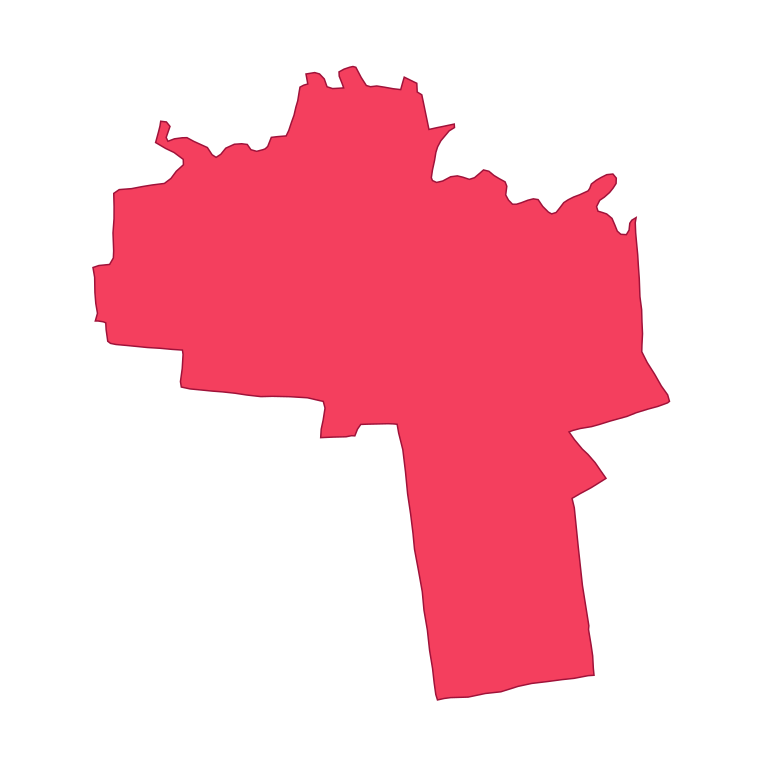 outline of Battambang, Batdâmbâng, Cambodia, rotated 266°
{"feature_id": "14789045B54080121728178", "entity_name": "Battambang", "entity_type": "district", "adm_level": 2, "iso_a3": "KHM", "parent_name": "Cambodia", "parent_adm1": "Batdâmbâng", "projection": "orthographic", "projection_center": [103.179, 13.094], "detail": "fine", "context": "isolated", "style": "filled", "palette": "rose", "viewbox_px": 768, "rotation_deg": 266, "n_neighbors": 0, "source": "geoboundaries", "source_scale": "gbopen_adm2", "svg_char_len": 3621}
<svg xmlns="http://www.w3.org/2000/svg" viewBox="0 0 768 768"><g transform="rotate(266 384 384)"><path d="M532.4,647.1L530.1,642.6L527.2,640.4L520.4,639.2L516.1,636.2L516.8,630.7L520.2,627.4L526.4,625.4L533.3,623.0L538.1,618.0L539.7,614.2L541.5,609.5L546.1,608.4L552.2,612.0L555.0,616.8L559.3,622.4L563.4,626.2L567.8,629.5L573.2,630.1L577.5,627.0L577.3,620.8L574.9,615.0L572.5,610.1L569.0,604.8L564.8,602.9L562.4,601.0L559.1,592.3L557.3,586.2L554.9,580.5L552.4,576.0L547.7,571.9L543.1,567.7L542.0,563.1L544.0,560.0L550.1,554.7L557.2,550.6L558.3,545.9L557.3,540.3L555.2,533.4L554.1,528.7L554.4,524.7L558.8,521.0L564.1,518.6L572.7,520.3L577.2,518.9L580.8,513.3L584.3,508.3L588.9,503.5L590.6,498.2L587.1,493.6L583.5,488.7L582.2,483.4L584.8,477.1L586.5,471.7L586.1,465.0L582.4,456.7L581.4,450.5L583.6,446.5L586.5,445.6L594.2,447.3L603.4,450.0L611.4,451.9L616.8,454.0L622.7,457.7L632.0,466.7L634.9,472.2L638.4,472.2L637.5,465.7L636.9,461.4L636.0,454.5L634.8,446.6L646.0,445.1L651.1,444.4L656.4,443.7L661.6,443.0L666.7,442.3L669.8,441.9L673.0,437.5L681.7,437.7L683.3,434.9L688.7,425.6L683.0,423.5L676.5,421.2L677.9,413.8L680.1,405.0L681.8,397.6L681.5,391.2L683.0,387.2L691.4,382.6L701.9,378.0L702.9,375.2L702.4,371.9L700.9,366.1L698.5,360.9L694.2,360.8L685.6,363.5L682.2,364.4L682.2,359.6L682.3,353.3L684.5,347.9L692.5,345.7L697.8,341.3L699.5,336.6L698.7,327.8L688.6,328.9L687.7,324.7L686.0,320.9L681.5,319.8L672.5,317.7L666.3,315.4L658.4,313.0L651.6,310.0L643.6,306.7L638.3,303.7L638.2,295.1L637.9,288.8L629.1,284.6L626.9,281.9L626.2,279.6L625.0,273.2L627.0,267.6L632.5,264.3L633.6,258.8L633.6,251.4L630.3,242.6L624.5,237.2L621.8,232.3L624.7,228.5L632.2,224.3L639.3,211.2L643.5,204.6L643.7,199.8L643.2,192.0L641.2,185.4L645.1,183.9L655.9,188.5L660.6,185.2L661.7,179.6L656.9,178.5L650.8,176.5L640.8,173.0L638.9,175.8L634.2,182.6L629.6,190.7L622.1,199.4L616.7,199.2L610.7,191.6L603.9,185.8L599.4,178.9L598.7,166.3L597.8,156.6L596.5,145.8L596.4,133.4L593.0,127.7L579.6,127.1L567.6,126.2L553.6,124.2L535.6,123.6L528.6,122.8L522.4,118.6L522.1,107.9L520.5,101.8L510.6,102.8L495.4,102.0L484.5,102.1L474.5,103.1L467.0,100.4L466.8,103.2L465.6,108.4L464.4,110.7L457.5,110.6L445.9,111.4L443.6,114.0L442.1,119.4L440.3,130.6L438.4,141.8L436.9,150.5L435.3,162.9L434.0,170.8L433.3,175.1L431.9,185.3L427.5,185.6L413.5,183.8L400.6,181.1L395.1,181.6L392.6,190.3L390.6,202.3L388.9,212.2L387.4,222.4L385.2,234.7L382.6,246.3L380.0,260.3L379.5,271.8L377.9,289.2L375.6,306.7L371.8,319.0L370.9,322.2L364.1,323.5L352.3,320.8L343.3,318.2L334.9,317.1L334.8,321.6L334.6,329.3L334.0,342.5L334.7,348.0L334.3,351.3L340.8,354.4L345.3,358.0L345.1,364.5L344.6,374.8L344.1,385.5L343.5,391.0L342.9,394.3L334.1,395.2L317.2,398.2L295.0,399.3L272.7,399.9L252.2,401.5L233.2,402.5L217.0,402.9L195.4,405.4L174.1,407.7L155.5,408.1L135.5,410.1L114.9,410.9L96.8,412.6L82.3,413.2L70.7,414.0L65.1,415.3L66.1,422.1L66.5,428.6L65.8,446.2L68.2,463.5L68.8,479.1L73.0,496.6L75.0,510.5L75.8,527.0L76.7,541.4L77.1,553.0L78.8,567.3L78.8,573.2L85.8,573.0L98.2,573.2L109.1,572.4L124.8,570.9L128.5,571.5L169.2,567.9L208.4,566.4L247.3,565.2L256.8,563.6L260.9,571.9L266.2,583.6L270.4,591.5L274.4,598.9L282.2,594.2L290.7,589.2L299.6,582.5L305.2,577.3L315.2,570.1L323.3,565.2L324.5,569.2L325.9,576.5L327.0,588.1L328.6,595.9L331.3,607.3L334.8,624.4L337.7,633.4L340.5,645.3L342.5,655.5L344.2,661.5L345.4,665.6L346.8,667.6L353.4,666.2L362.7,660.5L375.0,654.6L387.0,648.1L398.2,643.4L404.6,644.0L416.1,645.4L428.5,645.7L440.2,646.2L453.3,645.4L471.3,646.0L484.9,646.0L495.3,646.1L507.3,645.8L517.3,645.6L527.4,645.9L532.4,647.1Z" fill="#f43f5e" stroke="#9f1239" stroke-width="1.5"/></g></svg>